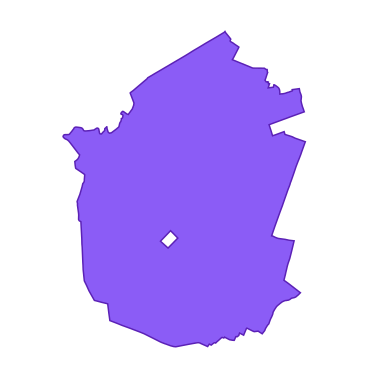 Ghiroda, Timis, Romania, rotated 173°
{"feature_id": "2599482B97813764810262", "entity_name": "Ghiroda", "entity_type": "district", "adm_level": 2, "iso_a3": "ROU", "parent_name": "Romania", "parent_adm1": "Timis", "projection": "albers", "projection_center": [21.315, 45.786], "detail": "fine", "context": "isolated", "style": "filled", "palette": "violet", "viewbox_px": 384, "rotation_deg": 173, "n_neighbors": 0, "source": "geoboundaries", "source_scale": "gbopen_adm2", "svg_char_len": 5869}
<svg xmlns="http://www.w3.org/2000/svg" viewBox="0 0 384 384"><g transform="rotate(173 192 192)"><path d="M302.0,268.7L302.3,268.6L304.1,266.7L305.6,265.3L306.5,264.4L307.1,264.1L307.6,264.1L309.2,264.2L310.8,264.4L311.9,264.4L312.4,264.0L312.9,263.5L313.2,262.9L313.2,262.5L312.8,261.7L312.3,261.1L311.3,260.1L310.1,259.5L309.1,258.7L308.2,257.7L307.1,256.0L300.1,244.1L299.0,242.6L299.7,241.0L300.4,239.8L301.4,238.6L302.9,237.5L304.6,236.6L304.7,232.5L304.6,230.0L304.5,229.6L304.3,229.4L302.9,228.2L297.1,223.1L296.5,222.4L296.4,222.0L296.5,221.6L297.3,217.8L297.6,215.8L298.0,215.2L298.3,214.7L299.4,213.6L300.5,210.5L303.6,203.3L305.6,199.6L307.2,196.6L307.1,194.6L307.0,194.2L307.3,193.2L307.3,192.7L307.2,184.4L307.3,182.7L307.4,182.2L307.9,178.8L307.9,178.4L307.8,178.0L307.6,177.6L307.3,177.1L305.9,176.1L306.4,168.9L306.7,164.5L307.1,158.7L307.6,153.6L307.7,150.8L308.9,135.9L309.1,132.8L309.5,128.1L309.7,116.9L308.1,112.3L306.3,106.5L305.4,104.3L302.1,96.3L299.0,95.1L295.1,93.5L292.4,92.5L289.3,91.3L289.3,84.2L289.3,81.8L289.2,74.4L281.9,70.5L277.6,68.1L270.5,64.5L265.8,62.0L261.4,59.7L256.9,57.2L248.3,51.5L241.9,47.2L240.4,46.3L237.4,44.7L236.5,44.3L232.0,42.0L230.0,41.2L229.3,40.9L227.2,40.4L226.1,40.4L219.2,40.9L217.7,41.0L213.3,41.3L205.9,41.7L204.9,41.7L204.3,41.7L203.4,41.5L202.7,41.2L201.9,40.8L201.8,40.6L195.3,36.7L193.4,38.9L191.6,37.7L189.2,39.2L188.7,39.4L188.1,39.6L187.8,39.6L187.4,39.6L186.9,39.2L185.4,40.4L184.3,41.1L181.3,43.2L180.3,43.9L179.8,44.0L178.2,43.2L177.4,44.0L172.7,40.8L169.8,39.9L168.7,39.8L168.5,39.6L168.2,39.6L168.0,39.8L167.9,40.0L166.2,43.0L165.8,43.2L165.6,43.1L165.3,42.9L164.9,42.8L163.3,43.7L163.0,43.9L162.8,44.7L162.5,45.1L162.2,45.7L162.0,46.2L158.2,43.6L154.6,49.9L154.1,50.2L148.7,46.6L147.3,45.8L143.3,45.8L139.6,42.7L136.7,45.6L136.5,45.9L136.4,46.2L135.7,47.5L135.4,47.9L133.4,50.4L133.0,50.8L132.4,51.3L132.0,51.6L131.7,52.0L130.9,53.7L130.4,54.7L129.6,56.2L129.1,57.0L128.7,57.6L128.2,58.3L127.7,59.2L127.0,60.4L126.5,61.6L126.2,62.7L125.6,63.6L124.9,64.5L124.6,65.0L123.5,66.3L122.3,67.7L121.8,68.2L121.1,68.7L120.4,69.2L119.6,69.7L119.1,70.0L118.7,70.3L117.9,70.8L116.5,71.6L115.8,72.0L114.9,72.3L113.2,72.8L112.6,72.9L112.0,72.8L110.8,72.9L109.7,72.9L109.2,73.0L108.0,73.4L106.6,74.2L106.2,74.4L105.5,74.5L104.4,74.6L103.4,74.7L102.6,74.9L102.1,75.1L101.7,75.2L100.8,75.8L99.1,76.9L96.7,78.8L107.4,89.4L111.5,93.2L109.3,98.9L108.8,100.4L107.6,103.6L106.6,106.4L106.0,107.9L105.3,109.5L103.1,114.0L100.8,119.9L100.0,122.0L96.6,131.1L101.5,132.3L105.2,133.6L106.7,134.0L109.4,134.7L112.0,135.4L113.1,135.9L114.8,136.8L117.5,138.6L118.3,138.8L113.8,148.1L107.3,161.0L104.8,165.8L104.0,167.3L103.4,168.6L99.7,176.1L98.5,178.5L96.7,182.2L94.7,185.9L93.8,187.7L93.2,189.2L92.4,190.6L88.8,197.9L85.6,204.6L83.0,209.5L81.8,211.6L79.5,215.9L78.2,218.6L74.5,225.9L73.4,228.1L74.7,228.7L77.3,230.0L83.0,232.8L84.9,234.0L85.2,234.3L87.2,235.3L92.7,237.8L93.2,240.7L102.2,238.6L105.2,238.0L105.9,242.1L107.3,249.4L100.1,251.1L92.5,252.9L89.4,253.6L85.3,254.6L80.0,255.8L70.8,257.9L71.1,259.2L71.3,260.4L71.5,261.2L71.6,261.7L72.0,263.4L72.3,265.5L72.5,266.8L72.6,268.3L72.7,268.9L72.7,269.3L72.5,270.1L72.2,271.3L72.0,272.2L71.8,273.1L71.8,274.0L71.9,274.8L72.0,275.5L72.3,276.6L72.5,277.4L72.7,278.2L72.9,281.5L80.1,281.4L80.0,280.6L80.0,280.4L80.1,280.2L80.4,280.1L81.9,279.8L83.7,279.3L84.9,279.2L87.5,278.6L90.0,278.4L91.2,278.5L92.9,278.5L92.7,280.4L92.6,281.4L92.7,282.9L92.9,283.6L93.1,284.3L93.3,284.6L93.8,285.3L95.3,286.8L96.6,287.9L97.1,288.3L97.7,288.4L98.4,286.1L103.7,286.1L101.9,290.0L102.9,290.1L102.8,291.7L103.5,291.7L103.5,292.2L104.9,292.2L105.9,294.0L104.5,296.8L103.6,298.8L102.3,301.5L102.6,301.8L102.5,303.2L102.5,304.4L103.7,304.7L104.5,305.5L105.0,306.0L105.5,306.1L108.5,306.5L115.3,307.4L116.6,307.6L117.3,308.0L118.5,308.7L130.5,315.4L135.1,318.0L135.6,318.3L135.8,318.4L134.3,320.4L128.4,329.1L127.8,330.1L129.0,331.2L131.9,333.7L132.9,334.7L134.9,336.2L135.6,336.8L135.7,337.1L135.8,337.3L135.6,337.7L134.9,339.0L135.8,340.6L139.3,346.2L139.7,347.3L140.5,346.6L150.4,342.2L160.2,338.0L166.2,335.3L173.3,332.2L181.9,328.2L203.8,318.7L210.7,315.7L214.0,314.3L222.0,310.8L222.9,309.8L231.9,303.9L238.1,299.8L241.1,298.1L241.3,297.8L238.8,287.6L238.8,287.2L239.0,286.5L239.4,285.0L239.9,284.2L240.3,283.2L240.8,282.5L241.1,281.7L241.7,281.1L245.1,277.5L245.8,276.7L246.8,277.2L247.1,277.4L247.7,277.8L247.8,278.0L248.4,278.5L250.0,280.0L250.8,280.5L251.3,280.3L252.2,279.7L252.3,279.5L252.6,279.2L253.0,278.7L253.0,278.4L253.0,278.2L252.9,278.0L252.7,277.7L252.4,277.6L252.1,277.5L251.5,277.2L251.3,276.9L251.2,276.3L251.3,276.0L251.6,274.9L251.7,274.6L251.8,274.4L251.9,274.2L252.0,274.0L252.4,273.7L253.2,273.5L253.3,273.0L253.3,272.5L253.4,272.1L253.6,271.8L253.8,271.3L254.0,270.8L254.1,270.5L254.8,270.0L254.9,269.8L255.4,269.0L256.5,265.9L256.7,265.6L257.0,265.3L258.7,264.2L258.9,264.0L264.6,260.7L265.0,260.6L266.7,260.4L267.4,261.1L267.6,261.3L267.8,261.5L268.0,262.0L268.6,265.4L268.6,265.8L268.5,266.8L268.6,267.1L268.8,267.1L269.1,266.8L269.7,266.3L270.8,265.6L270.9,265.2L271.0,264.9L271.0,264.6L271.1,263.8L271.3,263.5L271.6,263.3L272.1,263.0L273.2,262.1L274.7,260.7L275.8,260.8L276.1,260.9L276.3,261.1L276.4,261.4L276.6,261.7L276.6,262.0L276.8,264.5L276.8,265.3L276.9,265.8L277.0,266.1L277.1,266.4L277.5,266.6L277.8,266.9L278.3,267.0L279.1,266.9L279.7,266.5L280.9,266.0L281.2,265.7L281.6,265.6L282.1,265.5L283.0,265.5L286.1,265.4L289.5,265.5L290.7,265.6L291.6,265.9L291.9,266.1L292.0,266.3L292.2,266.6L292.4,267.1L292.5,267.5L292.8,268.0L293.1,268.5L293.7,269.0L294.5,269.4L295.7,269.7L296.2,269.9L296.8,270.0L297.4,270.2L298.0,270.3L299.2,270.6L299.6,270.6L300.0,270.5L300.4,270.4L300.7,270.3L301.0,270.1L301.4,269.7L301.7,269.2L302.0,268.7ZM229.3,147.0L218.0,156.2L211.7,148.0L222.6,139.3L229.3,147.0Z" fill="#8b5cf6" stroke="#5b21b6" stroke-width="1.5"/></g></svg>